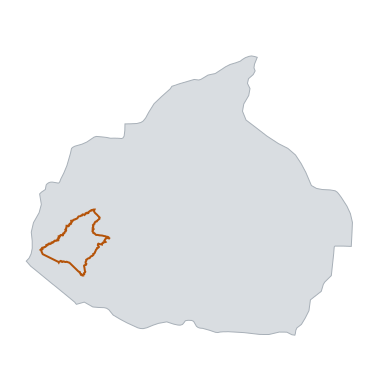 Mwenezi, Masvingo, Zimbabwe shown in context, rotated 93°
{"feature_id": "62879985B12430304395671", "entity_name": "Mwenezi", "entity_type": "district", "adm_level": 2, "iso_a3": "ZWE", "parent_name": "Zimbabwe", "parent_adm1": "Masvingo", "projection": "equal_earth", "projection_center": [30.689, -21.398], "detail": "fine", "context": "in_parent", "style": "outline", "palette": "amber", "viewbox_px": 384, "rotation_deg": 93, "n_neighbors": 0, "source": "geoboundaries", "source_scale": "gbopen_adm2", "svg_char_len": 7625}
<svg xmlns="http://www.w3.org/2000/svg" viewBox="0 0 384 384"><g transform="rotate(93 192 192)"><path d="M269.7,353.9L266.5,351.2L262.1,349.4L256.6,348.6L249.3,349.0L240.5,350.4L230.9,348.7L220.7,343.6L212.3,341.8L202.2,344.0L201.8,344.0L200.0,342.3L197.2,338.6L192.6,338.0L191.4,337.1L190.3,335.7L189.6,334.0L189.4,332.0L190.1,325.9L189.7,325.2L188.5,324.5L185.9,323.7L179.8,321.0L172.2,318.3L159.8,315.4L154.9,314.6L153.8,313.7L152.4,311.4L150.0,304.4L147.7,299.8L142.3,292.6L141.5,290.4L141.7,284.7L142.0,280.1L142.6,276.2L142.3,272.6L142.2,268.0L142.3,265.0L141.6,263.7L139.7,262.7L134.1,262.3L127.5,262.5L127.2,257.9L126.5,250.7L125.2,246.6L123.7,244.5L120.6,242.2L114.3,239.2L105.8,234.5L98.5,227.6L90.1,219.1L87.5,217.6L84.3,209.5L79.5,195.7L79.8,191.1L79.0,188.9L74.4,182.1L73.4,178.5L72.5,175.0L65.2,165.0L62.7,160.7L60.7,155.1L58.8,150.6L57.2,148.8L55.1,145.8L53.6,142.3L53.0,139.7L53.5,136.2L54.1,133.9L61.1,136.3L64.8,136.6L67.8,135.3L71.5,137.0L75.9,141.5L80.6,142.3L85.7,139.5L92.7,140.4L101.4,144.9L108.7,145.8L117.3,141.8L124.9,130.7L132.1,120.3L139.1,108.3L143.4,98.6L149.6,90.6L157.9,84.5L166.4,79.4L179.3,73.1L181.9,67.9L182.7,62.2L182.7,54.2L183.3,49.1L184.7,46.8L186.8,44.9L189.6,42.6L198.1,36.5L205.3,32.7L214.0,30.2L223.6,30.1L232.8,30.1L238.0,30.1L238.1,37.7L238.5,46.3L239.5,47.1L246.4,47.3L257.5,47.9L268.2,48.5L275.0,54.7L277.3,56.0L284.4,57.7L293.5,68.1L304.4,69.0L311.9,72.3L318.5,75.8L322.2,80.1L324.7,81.1L328.0,81.4L329.6,81.8L329.3,84.8L327.0,90.0L327.3,97.5L330.3,107.8L330.7,116.7L329.7,132.5L329.6,147.8L329.9,153.2L330.4,156.8L331.0,158.8L330.9,161.1L329.1,167.5L327.6,174.2L327.5,176.9L327.0,178.8L325.9,180.5L321.1,183.6L320.3,185.5L320.3,189.0L320.9,191.9L322.7,193.0L324.8,194.6L325.6,196.8L325.6,199.1L324.9,203.4L323.0,210.4L324.9,218.5L327.0,223.8L329.9,229.9L331.0,233.6L331.0,236.3L330.5,238.9L326.1,250.0L322.9,256.9L319.0,264.3L313.9,268.9L312.6,271.1L312.1,273.7L312.2,279.2L312.0,285.0L307.6,293.8L310.2,301.5L309.6,302.2L308.2,303.3L301.9,311.8L295.5,320.5L290.9,326.9L285.6,334.1L279.7,342.1L274.7,349.0L269.7,353.9Z" fill="#d9dde1" stroke="#a8b0b8" stroke-width="1"/><path d="M257.6,340.2L257.7,339.9L258.1,339.7L258.7,339.4L259.1,339.1L259.5,339.1L261.9,337.8L268.3,323.0L268.4,322.6L268.6,322.0L269.4,321.4L269.1,321.3L268.8,321.1L268.3,320.2L267.7,319.7L267.7,319.2L267.9,319.0L268.0,318.7L268.5,318.4L268.6,318.1L268.6,317.8L268.4,317.8L268.3,317.6L268.0,317.2L268.2,315.8L268.4,315.5L268.5,315.3L268.5,314.9L268.5,314.7L268.5,314.2L268.3,314.0L268.2,313.4L268.4,312.9L268.9,311.3L269.0,311.0L269.0,310.7L276.2,302.5L277.4,301.1L277.5,300.9L277.6,300.3L277.7,300.0L278.2,300.0L278.3,299.7L278.7,299.5L279.1,299.4L279.3,299.2L279.5,298.9L279.9,298.9L280.3,298.7L280.2,298.5L280.4,298.5L280.6,297.9L280.5,297.7L280.9,297.4L280.9,297.5L281.0,297.4L281.0,297.5L281.1,297.3L280.8,297.0L280.7,296.8L280.6,296.6L280.4,296.5L280.2,296.3L280.0,296.0L279.9,295.7L280.0,295.5L279.9,295.4L279.7,295.3L279.1,295.6L278.7,295.6L277.8,294.6L277.2,294.4L276.6,294.8L273.0,295.5L272.1,295.8L271.1,295.9L270.7,295.4L270.5,294.5L270.2,294.0L269.6,293.8L269.1,293.8L268.8,294.4L268.0,294.6L267.1,294.5L266.9,294.3L266.3,294.0L266.0,294.0L265.4,294.2L265.1,294.0L264.8,293.3L264.6,293.2L264.3,293.0L264.1,292.8L263.9,292.3L263.5,291.7L263.5,291.0L263.4,290.8L263.3,290.7L263.0,290.6L262.6,290.3L261.8,289.9L261.7,289.6L261.4,289.2L261.1,288.4L261.0,288.2L260.7,288.2L260.1,287.3L259.8,287.1L259.6,287.0L259.4,287.0L259.0,287.3L258.3,286.3L257.7,285.8L256.9,285.7L256.3,285.3L255.0,285.0L254.7,284.8L254.5,284.5L254.1,284.4L253.9,284.1L253.4,283.9L252.9,283.8L252.9,283.6L253.0,283.4L252.9,283.2L251.8,282.1L251.2,282.3L250.9,282.7L250.5,282.9L250.3,283.2L249.3,283.2L249.1,283.1L248.7,283.0L248.5,282.8L248.6,282.4L248.7,282.0L248.9,281.0L249.1,279.6L249.2,279.2L248.2,279.2L248.0,278.7L247.8,278.3L247.7,278.2L247.3,278.3L247.1,278.2L247.0,277.5L246.9,277.2L246.6,277.2L246.4,276.7L246.6,276.4L246.6,276.0L246.4,275.6L245.6,276.3L245.2,276.8L245.1,276.7L244.4,276.6L244.0,276.4L243.7,276.2L243.3,275.7L242.6,275.4L242.4,275.0L242.3,274.3L242.3,273.9L242.6,273.3L242.7,272.7L242.7,272.3L242.5,272.2L242.2,272.7L241.7,272.9L241.4,273.3L241.2,273.8L241.1,275.0L241.1,275.3L240.9,275.7L240.7,276.4L240.6,277.4L240.2,279.3L240.1,281.1L240.2,281.7L240.0,282.3L240.0,283.0L239.8,283.7L239.8,284.4L239.9,285.5L238.9,286.7L238.6,287.3L238.4,287.3L238.3,287.6L238.2,287.7L238.1,287.8L238.2,288.0L238.1,288.3L237.6,288.2L237.5,288.3L237.3,288.6L237.0,289.0L236.8,289.1L236.3,289.4L236.1,289.4L235.3,288.8L235.1,288.8L234.8,289.1L234.3,288.6L234.1,288.3L233.1,288.8L233.0,289.3L232.2,289.1L231.8,288.8L231.5,288.9L231.0,289.1L230.5,288.7L230.2,288.8L230.0,289.0L229.3,288.4L229.1,288.1L228.8,287.7L228.5,287.7L228.0,287.7L226.7,286.9L226.6,286.7L226.5,286.1L226.5,285.7L226.2,285.4L225.8,285.4L224.5,284.0L223.8,283.4L223.7,283.1L223.1,283.0L222.5,283.3L222.2,283.1L222.1,283.3L221.5,283.7L220.7,284.7L219.9,285.4L218.6,287.0L217.8,287.9L216.5,288.8L215.9,288.9L214.6,288.4L214.6,288.8L214.7,289.4L215.2,290.8L215.2,291.0L215.3,291.5L215.5,291.7L215.8,291.6L215.8,292.0L216.0,292.2L216.0,292.4L216.1,292.6L216.5,293.0L216.7,293.4L217.1,293.8L217.3,294.0L217.5,294.0L218.2,294.5L218.4,294.5L218.5,294.5L218.6,294.9L218.3,295.0L218.1,295.2L218.1,295.6L218.4,295.8L218.5,296.3L218.7,296.5L218.7,296.9L218.8,297.1L219.1,297.1L219.7,297.3L219.8,297.3L219.9,297.5L220.1,297.7L220.1,297.9L220.4,298.1L220.1,298.4L220.1,299.0L220.3,299.3L220.1,299.9L220.2,300.0L220.3,300.2L220.6,300.1L220.8,300.2L221.2,300.5L221.3,301.3L221.3,301.5L221.9,302.0L222.3,303.9L222.5,304.2L224.1,305.0L224.4,305.5L224.8,305.8L225.0,306.7L225.1,306.9L225.3,307.0L225.6,307.5L225.6,308.2L225.8,308.4L226.1,308.6L226.6,309.2L226.6,309.8L226.7,310.1L227.0,310.1L227.3,310.0L227.5,310.0L228.0,310.3L227.9,310.5L227.6,310.8L227.5,311.1L228.6,310.9L228.9,311.0L229.2,311.3L229.3,311.4L230.0,311.1L230.2,311.3L230.0,311.9L230.1,312.4L230.3,312.6L230.5,312.7L231.0,312.5L231.5,313.0L231.7,313.6L231.9,313.7L232.0,313.7L232.3,313.2L232.5,313.3L232.7,313.6L232.7,314.1L232.6,314.7L232.3,315.2L232.3,315.5L233.5,315.5L233.9,315.7L234.6,315.6L235.0,315.9L235.8,315.9L235.9,316.0L236.1,316.4L236.4,316.2L236.8,315.7L237.3,315.9L237.6,316.4L237.9,316.4L238.1,316.3L238.4,316.8L238.6,317.0L239.3,317.3L239.8,317.3L240.0,317.6L239.9,318.1L240.1,318.4L240.5,318.3L240.8,318.3L241.0,318.5L241.1,318.8L241.3,318.8L241.5,318.6L242.0,318.6L242.1,318.9L242.1,319.4L242.0,319.6L241.9,319.6L241.8,320.0L241.8,320.7L241.8,320.8L241.9,321.0L242.0,321.1L242.5,321.2L242.6,321.3L242.7,321.6L243.1,321.6L243.1,322.0L243.4,322.3L243.3,322.8L243.8,322.8L243.9,322.4L244.0,322.1L244.4,322.4L244.6,322.3L244.8,322.3L245.0,322.7L245.0,323.1L245.3,323.1L245.4,322.7L245.6,322.8L246.1,323.6L246.5,323.4L246.8,323.0L247.0,322.9L247.2,323.1L246.7,323.7L246.6,323.9L246.6,324.0L246.9,324.1L247.3,324.5L247.5,324.4L247.7,324.5L247.8,324.9L247.8,325.2L247.7,325.7L247.7,325.9L247.7,326.0L247.9,326.1L248.0,326.2L247.9,326.5L247.9,326.8L248.0,326.9L248.3,326.8L248.7,327.2L249.0,327.6L249.3,327.7L249.5,328.0L249.4,328.1L249.3,328.3L249.4,328.8L249.5,328.9L249.9,328.9L250.0,328.9L249.9,329.6L250.3,329.7L250.7,330.3L251.0,330.3L251.1,330.6L251.4,331.0L251.5,331.2L251.4,331.3L251.2,331.3L250.9,331.5L250.9,332.1L251.1,332.4L251.3,332.7L251.5,332.8L251.9,333.2L252.4,333.2L252.7,333.4L252.8,333.7L252.5,333.7L252.4,333.9L252.4,334.2L252.6,334.4L252.5,334.7L252.6,334.8L253.6,334.7L254.5,335.6L254.6,336.5L255.1,336.8L255.5,338.7L255.6,338.8L256.0,338.8L256.6,338.3L257.0,338.3L257.3,338.9L257.1,339.8L257.6,340.2Z" fill="none" stroke="#b45309" stroke-width="2"/></g></svg>